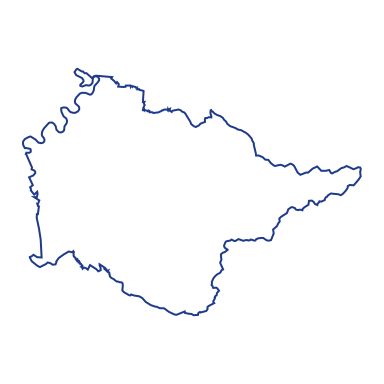 Parau, Brasov, Romania
{"feature_id": "2599482B71201196039236", "entity_name": "Parau", "entity_type": "district", "adm_level": 2, "iso_a3": "ROU", "parent_name": "Romania", "parent_adm1": "Brasov", "projection": "mercator", "projection_center": [25.249, 45.842], "detail": "fine", "context": "isolated", "style": "outline", "palette": "blue", "viewbox_px": 384, "rotation_deg": 0, "n_neighbors": 0, "source": "geoboundaries", "source_scale": "gbopen_adm2", "svg_char_len": 5872}
<svg xmlns="http://www.w3.org/2000/svg" viewBox="0 0 384 384"><path d="M198.0,314.9L198.1,313.7L198.5,312.9L199.9,312.0L200.4,312.5L206.2,311.0L207.5,309.3L207.5,307.1L208.3,306.2L214.2,303.1L213.3,302.0L213.3,301.2L214.9,298.4L215.0,297.8L214.7,297.6L215.1,296.3L216.6,295.3L216.9,293.1L219.0,290.7L217.1,288.2L216.2,287.7L213.2,287.9L212.5,286.1L211.6,285.1L211.9,284.0L211.9,281.8L213.4,278.3L215.4,275.9L217.7,274.0L219.7,273.1L220.6,272.1L221.5,270.3L223.1,269.4L220.4,263.4L220.2,262.5L221.4,259.8L220.9,254.8L221.2,254.0L223.2,252.5L224.6,252.2L227.6,249.9L226.5,248.8L225.5,248.5L224.2,246.7L224.1,245.4L225.5,242.1L226.4,241.3L230.4,240.5L231.5,239.6L234.4,241.0L235.3,241.0L238.5,239.1L243.3,240.8L245.7,240.1L247.6,240.1L248.2,240.5L250.0,240.2L250.9,239.5L254.7,240.7L255.5,240.3L256.1,239.3L258.0,238.4L261.4,237.9L263.3,238.0L266.4,240.2L268.7,240.7L271.0,240.1L273.7,233.5L273.1,229.5L276.9,226.2L278.2,223.4L279.7,221.5L279.3,218.5L281.1,216.8L287.0,213.0L288.3,209.3L291.3,207.2L292.5,207.2L294.9,208.1L295.7,209.4L296.7,209.8L298.1,210.1L299.3,209.7L301.9,209.9L302.4,210.2L302.8,208.8L304.4,207.3L308.4,204.8L309.0,200.8L311.9,200.6L313.7,202.0L315.0,204.0L317.3,205.0L317.5,203.8L319.1,202.2L319.4,201.3L321.3,201.6L324.7,200.1L324.8,199.2L325.9,197.2L327.1,196.7L327.9,195.4L330.8,193.5L338.6,194.3L340.7,195.2L341.2,195.0L342.9,193.8L345.7,190.8L347.6,188.0L347.8,186.1L349.7,185.0L353.7,185.3L358.6,179.6L360.7,176.4L360.1,171.9L360.6,170.4L360.7,168.6L360.2,167.9L361.0,167.7L358.0,167.2L356.6,168.1L353.5,169.2L346.6,166.0L344.0,167.4L341.4,168.1L337.0,171.3L335.3,171.7L332.2,173.4L331.0,173.0L329.2,170.0L325.9,170.8L321.3,170.8L317.2,166.5L312.7,168.6L308.1,172.6L306.3,172.5L300.3,174.8L297.6,172.5L294.0,165.7L291.5,163.9L290.3,163.7L284.8,166.6L282.4,165.3L280.3,164.8L275.0,166.0L273.7,165.4L270.8,163.1L268.3,159.9L265.2,159.6L262.7,157.2L258.8,155.5L256.1,155.6L255.8,153.3L253.8,144.9L253.8,143.2L252.5,141.0L251.3,138.1L248.3,134.7L245.9,132.8L241.1,130.2L237.9,129.5L235.1,127.9L230.0,126.1L227.2,123.7L226.1,121.6L224.2,119.9L222.6,117.6L219.9,115.9L217.2,115.1L214.3,113.3L212.7,111.6L212.0,111.4L211.1,110.0L210.7,110.2L210.4,113.2L211.4,116.5L211.3,117.4L208.6,117.2L207.0,118.1L205.4,118.0L204.9,119.2L205.0,121.9L200.4,123.7L199.1,125.3L195.8,127.0L193.8,126.2L191.1,124.0L190.3,121.7L185.2,113.4L183.9,112.2L182.5,111.9L181.0,110.5L178.5,109.5L173.1,110.6L171.9,111.1L171.7,111.9L169.7,110.6L169.6,110.0L169.9,108.9L168.7,109.5L168.9,110.3L168.3,110.0L168.0,109.3L167.8,110.4L167.0,109.5L164.4,109.5L163.0,110.3L162.3,110.2L161.8,110.8L158.3,112.4L153.3,113.0L152.2,112.2L149.7,112.3L149.3,111.8L149.6,111.5L149.4,110.9L148.9,110.6L148.6,111.2L147.8,111.3L147.3,110.7L145.3,110.4L144.4,109.6L144.0,109.7L143.9,110.2L143.5,109.7L142.9,109.9L142.9,109.3L143.9,108.4L143.4,107.6L144.7,105.0L144.0,103.8L144.0,102.6L144.4,101.9L142.9,102.1L143.5,92.7L143.6,91.0L143.3,90.8L139.5,89.9L139.2,89.2L137.5,89.4L137.5,88.7L136.5,88.6L136.4,88.1L136.6,87.7L136.2,87.8L135.5,87.0L132.9,86.3L132.4,86.9L131.9,86.1L131.0,85.7L130.7,86.3L130.6,85.6L129.9,85.5L125.8,85.6L125.6,86.7L123.7,87.0L118.2,86.6L118.8,84.1L117.0,82.1L116.1,83.4L114.2,81.0L111.2,78.5L112.1,77.1L96.0,75.7L93.6,76.4L92.1,78.2L86.5,73.2L84.6,73.2L82.9,71.4L81.8,71.5L77.4,68.8L76.6,69.1L74.5,72.1L76.2,75.1L82.1,78.1L83.4,80.1L83.5,81.3L82.7,82.6L80.6,84.4L80.2,85.2L80.4,85.9L82.3,86.5L86.1,85.1L89.0,85.6L90.8,84.8L92.5,82.8L92.9,78.1L94.5,76.4L96.4,76.3L97.9,77.0L99.1,78.6L99.1,80.3L97.7,82.4L94.7,85.7L94.2,86.9L93.7,90.6L92.4,93.2L91.4,94.3L90.0,94.7L85.6,92.9L82.0,92.8L79.9,93.6L76.5,97.2L75.1,99.8L74.9,101.6L75.3,103.4L78.5,106.2L79.2,107.3L79.2,109.5L77.9,111.4L75.3,112.8L73.0,112.8L70.9,112.2L69.6,111.4L67.4,108.4L66.2,107.7L63.8,107.4L61.4,108.0L61.1,109.1L61.5,111.9L63.6,116.4L66.3,118.5L67.1,121.0L66.6,123.3L64.5,126.3L64.1,130.3L63.0,131.6L60.9,132.5L58.8,132.1L56.5,129.8L55.6,126.1L54.0,123.8L52.3,122.6L50.1,122.5L48.8,123.0L43.8,128.6L42.2,131.5L41.8,134.5L42.0,135.7L44.1,138.4L44.5,140.1L44.1,141.7L43.0,142.7L41.3,143.2L38.4,142.6L35.5,139.5L30.6,136.5L28.9,136.9L25.0,139.0L23.3,141.1L23.0,142.6L23.1,144.4L23.6,146.0L25.0,148.2L25.9,148.0L29.9,148.8L30.6,149.3L30.8,151.1L30.6,152.0L29.2,152.8L26.4,152.7L25.8,154.0L26.2,154.2L32.0,167.5L31.6,169.4L34.6,170.7L35.3,172.1L35.2,173.2L33.2,175.5L29.1,177.3L32.8,185.2L30.1,187.3L30.8,188.8L31.1,190.2L30.9,190.5L34.2,194.6L37.2,191.8L37.6,193.8L36.8,197.1L34.1,197.1L39.3,200.4L37.8,204.4L37.4,204.2L38.0,206.1L38.9,206.4L37.9,214.2L36.9,214.2L36.7,217.8L39.0,228.6L40.7,239.8L41.6,257.5L37.2,257.2L33.5,254.8L31.5,256.4L29.8,257.0L29.9,257.7L31.7,261.2L37.1,265.6L39.9,267.1L46.0,264.0L47.7,262.5L50.2,263.1L52.7,264.7L55.5,264.4L56.4,262.2L56.3,261.4L58.9,257.9L64.1,254.2L68.8,251.5L71.7,252.2L72.8,251.9L73.3,251.2L73.9,252.1L73.4,253.3L73.8,254.6L73.5,255.2L73.9,256.6L75.2,257.5L75.4,258.6L75.8,259.2L76.9,258.8L77.4,259.2L76.7,260.3L77.2,261.1L78.0,260.7L78.6,260.8L78.3,261.4L78.5,262.3L79.6,262.1L79.8,262.4L79.5,263.0L79.8,263.7L81.0,263.9L81.5,265.1L82.4,265.5L82.3,266.5L81.4,266.9L81.9,267.2L82.6,268.7L83.4,267.8L84.3,267.6L86.3,268.4L87.8,269.6L90.0,265.1L96.4,269.2L98.3,271.3L100.7,270.2L100.6,267.9L99.6,265.3L99.6,264.3L103.8,267.0L104.1,267.8L104.5,267.8L104.4,268.4L105.3,268.3L105.5,269.0L106.5,269.4L106.6,269.9L105.7,270.0L107.0,271.2L108.0,270.7L107.5,271.7L107.9,272.1L108.5,271.8L109.4,273.1L109.3,274.1L109.6,274.3L109.8,276.2L111.2,277.9L113.5,279.0L116.6,281.5L117.9,281.5L119.5,282.2L121.4,282.3L122.3,282.9L122.7,284.1L122.8,286.3L122.3,290.5L123.8,292.1L129.1,295.2L130.4,295.4L131.1,294.5L134.0,295.5L139.2,296.3L142.2,298.0L145.7,301.9L150.8,305.1L155.1,306.6L156.4,306.7L159.9,308.2L164.1,308.3L168.8,311.8L174.5,314.5L176.5,314.8L184.7,311.5L184.9,312.9L189.0,313.8L191.2,313.9L193.9,315.2L198.0,314.9Z" fill="none" stroke="#1e3a8a" stroke-width="2"/></svg>